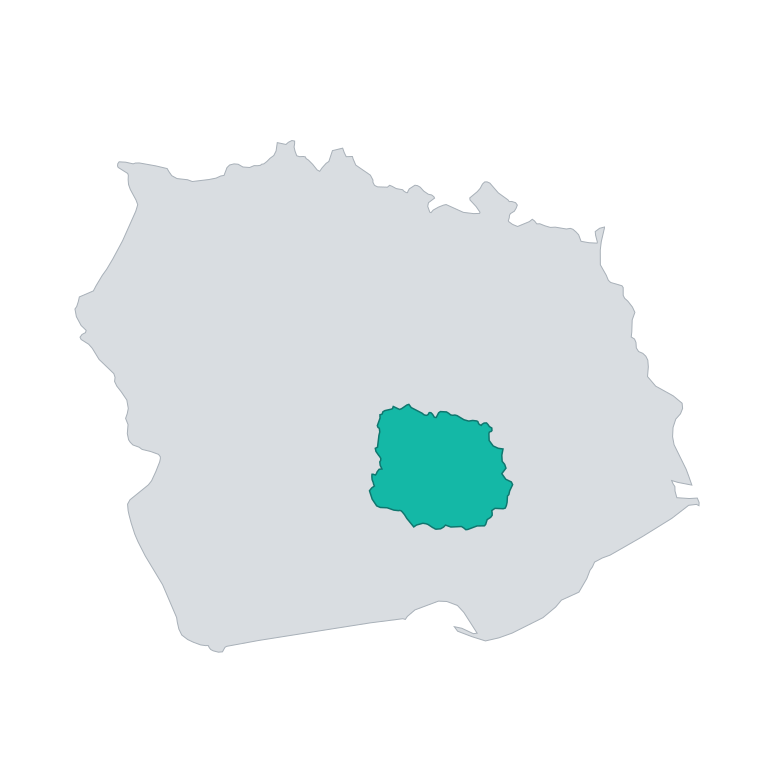 Kuyavian-Pomeranian highlighted on a map of Poland, rotated 168°
{"feature_id": "POL-3145", "entity_name": "Kuyavian-Pomeranian", "entity_type": "Voivodeship", "adm_level": 1, "iso_a3": "POL", "parent_name": "Poland", "parent_adm1": "", "projection": "mercator", "projection_center": [18.543, 52.987], "detail": "fine", "context": "in_parent", "style": "filled", "palette": "teal", "viewbox_px": 768, "rotation_deg": 168, "n_neighbors": 0, "source": "natural_earth", "source_scale": "10m", "svg_char_len": 5583}
<svg xmlns="http://www.w3.org/2000/svg" viewBox="0 0 768 768"><g transform="rotate(168 384 384)"><path d="M642.7,431.1L645.8,437.5L647.0,442.5L645.7,446.4L646.1,450.3L657.6,467.3L661.9,479.5L664.6,484.3L671.0,490.5L671.6,493.0L669.0,495.3L665.3,496.3L664.2,498.4L668.1,504.2L670.9,513.8L670.7,521.6L668.5,523.6L665.8,528.3L663.9,532.5L648.9,535.5L645.2,540.0L637.0,548.8L631.4,553.9L623.1,562.9L609.9,578.5L590.9,604.6L587.6,610.6L588.3,615.5L591.7,627.0L592.4,632.2L591.8,637.0L590.7,641.3L590.9,643.2L599.0,651.1L599.3,652.7L598.6,654.8L596.9,656.4L590.6,654.7L583.6,651.5L581.2,651.8L577.4,651.1L561.9,644.8L551.3,639.8L550.3,636.6L548.3,631.9L543.8,628.0L533.6,624.6L529.4,621.9L512.7,620.4L505.5,620.3L500.4,621.4L497.1,621.3L492.6,628.3L489.5,630.3L485.0,630.5L481.0,629.3L476.9,625.6L470.4,623.7L465.7,624.6L462.2,623.8L459.3,623.6L458.2,624.4L455.8,624.3L452.3,626.0L448.5,628.5L444.3,630.4L441.1,634.4L438.2,642.3L430.1,638.7L427.3,640.3L423.5,641.3L420.9,640.2L421.5,637.5L422.7,634.5L422.6,630.2L421.9,625.4L419.3,623.9L415.5,623.3L413.6,622.4L413.4,620.8L411.4,618.8L408.1,613.7L404.9,607.3L402.7,605.4L399.5,608.4L394.7,611.9L391.7,613.1L385.9,623.0L375.4,623.3L374.8,618.7L373.7,614.2L367.6,613.1L367.4,610.5L366.1,604.0L353.9,591.1L352.4,585.8L352.9,583.7L352.0,580.3L349.4,578.2L339.7,575.8L337.2,577.2L335.0,575.7L331.4,572.6L325.3,570.1L324.7,568.8L322.5,566.6L321.2,566.3L320.4,567.7L318.7,569.6L312.4,572.0L309.9,571.0L307.6,568.9L305.0,564.4L301.2,560.4L298.1,559.0L296.3,556.9L295.9,555.3L302.8,552.1L304.3,548.7L303.5,542.6L302.4,541.8L299.7,543.9L293.9,545.7L288.6,546.6L285.9,546.6L270.7,535.4L260.8,532.0L255.0,531.0L254.4,532.1L257.0,538.4L261.6,546.1L261.4,548.2L252.8,552.7L249.2,555.4L246.1,559.1L243.5,560.7L241.2,560.3L238.7,558.5L232.4,547.1L224.5,538.4L223.6,536.4L221.1,536.0L217.6,534.0L216.4,531.3L218.2,528.5L220.6,525.9L224.9,524.4L226.2,522.9L226.9,520.6L228.5,517.7L228.1,516.7L225.1,513.4L220.6,510.3L208.1,512.6L204.7,514.3L202.8,512.1L201.3,508.9L198.2,508.3L193.9,505.4L188.8,502.6L183.8,501.8L173.4,497.7L169.4,497.5L167.1,496.1L164.7,493.0L162.6,489.5L161.6,482.6L153.9,479.5L146.3,477.5L145.8,478.5L146.1,485.5L145.7,489.2L140.7,491.5L135.7,491.7L136.0,490.6L141.9,478.0L144.6,470.1L147.6,455.6L144.0,444.2L143.0,438.8L141.2,436.2L130.8,430.6L130.0,428.6L131.6,421.0L130.8,417.8L128.3,414.4L125.0,407.6L123.7,401.9L127.9,395.1L130.8,383.4L132.4,378.6L129.6,375.9L128.9,372.2L129.7,366.8L128.2,362.8L124.5,360.2L122.1,356.7L121.0,352.4L121.9,345.7L124.7,336.5L118.7,325.4L103.6,312.3L96.4,303.2L97.0,298.0L100.2,293.2L105.9,289.0L110.3,281.4L112.7,272.4L112.9,264.3L106.2,237.9L105.2,231.3L103.9,221.1L117.1,226.7L122.7,229.8L122.0,226.3L120.8,223.2L121.6,218.7L121.2,211.9L109.2,208.5L101.3,207.3L100.4,202.6L101.2,199.5L103.4,201.3L111.2,202.0L130.3,192.8L163.3,180.9L198.5,169.6L206.8,168.4L215.1,166.0L218.1,161.8L221.2,159.0L226.0,151.6L236.6,139.9L255.4,135.7L262.4,130.2L277.1,122.4L310.5,113.7L324.5,111.8L338.2,111.6L350.4,118.5L363.4,126.9L365.7,132.0L358.7,128.9L348.5,121.2L344.7,120.9L353.4,144.0L358.2,152.1L367.8,158.2L375.9,160.3L400.7,156.6L409.5,151.8L412.1,149.3L414.4,150.5L446.9,153.2L559.9,159.2L592.4,160.1L594.3,159.5L597.7,155.6L601.7,156.1L606.5,158.5L608.7,160.3L609.7,162.3L610.3,164.7L612.9,165.2L617.6,166.9L624.1,171.0L629.2,174.9L634.0,180.5L635.6,186.9L635.7,194.0L635.4,198.7L642.3,233.7L653.3,265.5L657.4,280.8L659.0,288.9L660.2,300.6L660.6,308.9L660.6,313.5L659.8,319.8L656.5,323.6L635.5,334.3L631.5,337.6L625.3,345.9L619.6,354.5L618.3,357.4L617.9,359.3L619.2,362.1L626.7,366.7L634.2,370.3L636.7,373.1L642.3,376.6L644.3,379.7L645.4,382.5L645.4,388.8L642.8,397.5L643.9,404.1L641.3,408.4L639.2,413.3L638.9,421.8L642.7,431.1Z" fill="#d9dde1" stroke="#a8b0b8" stroke-width="1"/><path d="M420.4,282.6L417.6,284.9L414.6,286.2L415.0,288.1L415.0,289.9L415.5,292.8L415.3,294.7L415.0,296.5L414.5,298.2L413.4,298.0L412.3,297.3L411.2,296.8L410.0,298.0L408.9,299.6L406.5,301.6L403.7,301.3L404.6,305.2L404.3,308.7L403.1,310.0L402.6,311.9L403.3,313.9L404.2,315.7L405.9,319.7L405.9,322.9L403.5,323.5L399.6,334.9L398.1,338.0L397.8,341.6L398.9,342.8L399.2,344.6L394.9,351.6L394.7,353.2L394.3,354.8L393.2,354.8L392.1,355.0L391.4,356.1L390.8,357.1L388.6,357.8L381.5,357.9L380.5,358.5L380.1,359.4L379.6,360.1L374.1,355.9L372.0,356.2L366.0,358.7L363.9,358.9L362.3,355.3L352.8,347.5L351.1,345.4L349.1,344.5L348.0,344.6L346.9,345.1L346.4,346.1L345.5,346.6L344.1,346.2L343.0,344.6L342.3,343.0L341.8,341.3L341.0,340.7L339.9,340.4L336.6,344.4L334.6,345.3L328.7,343.7L326.9,342.0L325.2,339.9L323.3,339.1L321.1,338.9L319.1,337.9L313.2,332.4L308.8,330.1L304.8,329.9L301.1,328.6L300.5,328.2L300.0,327.7L299.8,326.1L299.3,324.8L297.5,323.3L296.5,324.2L294.2,325.0L291.8,324.6L290.7,322.7L289.8,320.5L287.7,318.5L288.1,316.0L289.1,315.3L290.1,315.3L291.0,315.0L291.7,313.7L292.9,306.9L290.1,300.7L285.7,297.4L281.1,295.7L283.6,289.8L284.5,283.8L282.7,280.3L282.2,276.3L287.4,271.8L284.7,265.5L279.8,261.7L279.1,258.8L283.3,253.3L284.9,249.8L286.5,248.8L288.2,242.7L289.6,239.6L291.2,237.4L293.3,237.2L301.3,239.3L304.9,237.8L305.0,235.8L305.2,234.4L305.5,233.1L307.4,231.4L311.3,229.9L313.7,225.6L315.2,224.4L322.5,225.8L332.3,224.3L334.3,224.5L336.0,226.7L337.9,228.5L348.3,230.2L353.2,233.2L355.4,231.7L358.7,230.6L363.4,231.2L364.5,231.9L365.3,232.8L366.2,233.4L370.0,237.3L371.8,238.5L374.9,239.7L381.5,239.3L384.6,238.0L389.6,247.7L391.1,251.9L392.8,255.2L393.7,256.5L395.1,257.1L396.1,257.1L400.6,258.6L406.7,262.3L413.3,264.0L416.5,266.3L419.5,273.8L420.4,282.6Z" fill="#14b8a6" stroke="#0f766e" stroke-width="1.5"/></g></svg>